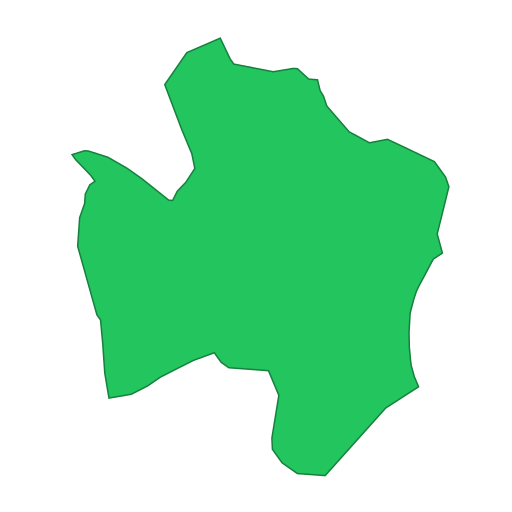 the district of Kesm Tahta, Suhaj, Egypt, rotated 183°
{"feature_id": "37247803B59901173509251", "entity_name": "Kesm Tahta", "entity_type": "district", "adm_level": 2, "iso_a3": "EGY", "parent_name": "Egypt", "parent_adm1": "Suhaj", "projection": "equal_earth", "projection_center": [31.491, 26.766], "detail": "fine", "context": "isolated", "style": "filled", "palette": "green", "viewbox_px": 512, "rotation_deg": 183, "n_neighbors": 0, "source": "geoboundaries", "source_scale": "gbopen_adm2", "svg_char_len": 1233}
<svg xmlns="http://www.w3.org/2000/svg" viewBox="0 0 512 512"><g transform="rotate(183 256 256)"><path d="M303.1,471.7L335.7,455.5L356.1,422.4L337.0,378.9L325.4,354.7L321.7,340.2L329.9,326.0L338.0,316.6L342.2,307.1L346.1,307.2L354.0,312.9L373.7,327.0L389.4,336.9L409.1,346.9L429.0,352.1L432.9,352.1L445.0,347.6L441.1,342.7L425.4,328.0L420.7,322.2L425.6,318.5L429.7,309.0L429.9,299.4L434.1,285.1L434.6,256.4L425.5,229.5L411.8,188.9L407.9,184.0L404.4,160.0L400.9,131.2L395.4,106.4L373.3,111.4L357.3,120.7L345.2,130.0L329.1,139.3L313.0,148.5L292.6,157.2L285.1,147.9L277.3,143.0L253.4,142.5L237.5,142.1L225.9,118.0L230.6,75.0L229.5,63.8L219.1,50.8L203.3,40.9L183.4,40.5L175.5,40.3L175.2,40.7L174.9,41.0L118.5,111.0L86.8,133.9L91.6,143.8L92.7,147.1L95.2,154.5L96.0,158.7L96.8,164.1L98.1,172.9L99.2,187.9L99.1,206.3L98.6,209.6L96.0,221.8L93.9,229.3L91.4,235.3L85.0,248.8L82.9,253.4L78.8,262.2L70.0,268.7L76.2,287.5L71.6,311.2L67.0,335.2L70.8,344.7L82.8,359.6L118.1,374.2L130.8,379.4L148.6,375.0L169.5,384.9L185.4,401.4L193.1,409.4L195.8,416.2L196.9,419.1L200.5,424.3L201.4,427.1L203.8,435.2L212.6,435.4L224.4,445.2L228.4,445.3L248.4,440.9L288.2,446.5L292.1,451.4L303.1,471.7Z" fill="#22c55e" stroke="#15803d" stroke-width="1.5"/></g></svg>